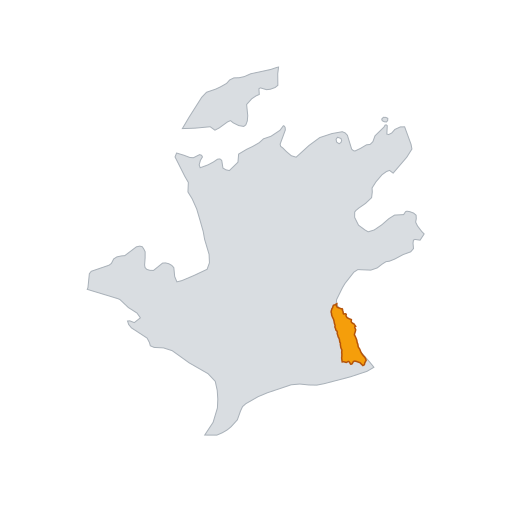 Qusar District, Qusar, Azerbaijan (highlighted), rotated 109°
{"feature_id": "54616110B21517829058101", "entity_name": "Qusar District", "entity_type": "district", "adm_level": 2, "iso_a3": "AZE", "parent_name": "Azerbaijan", "parent_adm1": "Qusar", "projection": "mercator", "projection_center": [48.257, 41.46], "detail": "fine", "context": "in_parent", "style": "filled", "palette": "amber", "viewbox_px": 512, "rotation_deg": 109, "n_neighbors": 0, "source": "geoboundaries", "source_scale": "gbopen_adm2", "svg_char_len": 5155}
<svg xmlns="http://www.w3.org/2000/svg" viewBox="0 0 512 512"><g transform="rotate(109 256 256)"><path d="M342.5,404.7L340.6,404.6L327.0,407.8L324.1,406.8L312.5,391.9L310.1,390.3L305.1,389.6L302.1,387.2L299.7,383.2L298.4,380.2L286.3,372.1L284.5,369.1L284.3,366.5L286.1,364.2L288.1,362.2L294.0,360.2L300.8,358.4L303.0,357.2L304.2,355.0L304.1,351.6L303.0,348.2L293.1,342.0L292.0,339.3L291.7,336.0L292.3,332.6L293.8,329.9L301.9,326.2L306.2,322.4L303.5,318.2L294.8,308.5L284.5,297.9L277.6,297.8L269.7,300.9L257.0,310.0L250.0,313.9L240.8,320.3L230.8,327.4L222.7,335.0L217.6,341.2L208.5,343.9L203.9,349.2L188.7,364.8L184.5,364.6L184.2,356.9L184.4,350.7L183.5,347.2L178.5,342.3L178.5,340.2L179.8,338.9L183.6,339.7L188.4,339.4L190.7,337.5L185.5,331.1L180.9,326.8L177.0,323.9L176.1,322.1L176.1,320.9L177.0,319.4L183.6,315.9L184.3,312.6L183.9,309.0L173.2,303.6L165.3,305.6L158.2,299.6L153.6,294.9L147.9,289.9L142.8,287.1L137.9,280.8L129.4,274.3L123.9,272.5L124.0,271.5L125.0,270.3L127.3,269.3L142.4,269.6L144.3,268.4L145.2,265.6L147.3,261.4L149.7,255.3L149.5,250.2L134.3,241.9L123.3,234.3L115.6,224.2L110.4,214.9L110.6,211.8L112.1,208.9L123.9,200.3L124.7,198.1L124.5,196.6L120.2,192.2L114.9,187.7L113.3,184.4L109.9,182.7L103.6,182.6L92.5,177.0L90.1,176.5L89.6,175.4L90.1,174.3L98.1,172.0L98.0,170.1L95.5,167.7L91.1,165.9L86.9,161.5L85.5,157.5L99.9,145.8L104.1,143.4L113.5,145.6L133.0,153.3L131.6,157.6L133.6,160.1L138.1,163.3L146.7,166.7L153.9,168.4L157.6,166.9L163.2,165.7L170.5,169.5L177.2,174.4L180.5,176.4L182.3,177.0L187.4,175.3L193.5,169.1L195.9,161.5L196.6,157.8L193.0,152.8L185.7,147.3L177.4,142.5L172.2,138.3L168.8,129.9L165.4,129.0L164.5,127.9L164.0,125.0L164.1,121.0L165.3,117.9L168.6,116.6L172.0,116.1L175.0,113.1L178.8,107.4L180.4,104.2L187.6,106.0L188.6,111.2L189.8,112.3L192.8,111.7L197.7,109.5L201.7,111.1L206.7,117.3L213.7,123.8L217.5,128.2L219.0,131.2L222.6,134.1L227.8,137.5L232.0,142.9L235.7,155.3L239.4,158.2L252.9,162.9L257.6,163.9L270.9,165.6L275.5,164.4L282.4,153.7L288.5,142.6L294.2,140.3L304.6,135.0L310.8,129.9L313.4,124.4L319.2,114.1L322.8,108.3L328.9,113.5L339.5,127.4L354.6,150.1L358.3,156.5L360.7,163.9L362.8,172.9L366.3,180.8L381.6,200.7L388.2,208.1L398.9,217.5L402.8,219.7L407.8,220.2L417.0,220.3L425.6,224.0L429.8,226.6L434.1,230.3L438.1,234.7L442.0,246.2L427.2,242.4L412.3,243.0L403.8,245.5L395.7,248.9L387.8,253.7L382.9,263.0L378.8,284.4L372.8,304.4L373.0,313.6L375.6,322.5L375.3,326.7L372.6,328.5L369.1,332.2L364.5,350.4L362.2,354.1L359.3,356.3L358.4,354.2L358.6,349.4L352.1,345.2L348.7,349.9L346.3,359.9L341.5,370.4L341.3,372.4L342.5,404.7ZM122.1,216.8L122.8,213.9L120.9,212.6L118.9,212.6L117.2,214.0L117.2,217.6L119.6,218.3L122.1,216.8ZM73.3,300.8L71.0,297.8L70.0,296.2L76.6,294.8L87.5,290.9L90.5,292.8L93.7,296.8L95.3,300.2L95.6,306.6L96.9,307.7L102.2,305.5L104.6,308.1L108.7,311.2L115.8,314.2L126.0,309.5L131.1,308.2L135.3,308.3L137.5,309.8L138.3,314.8L137.5,320.9L136.3,324.2L138.5,326.6L146.9,332.5L150.4,335.8L148.7,341.4L154.9,355.1L157.0,360.5L159.5,367.1L146.7,364.5L123.6,359.0L117.3,356.1L111.3,348.4L107.7,344.7L102.4,340.0L98.1,338.2L94.8,334.9L92.9,329.9L90.2,325.5L85.4,320.3L74.7,302.6L73.3,300.8ZM87.0,180.7L85.6,181.7L83.4,180.7L82.7,178.5L82.9,176.2L85.0,175.6L86.8,176.3L87.3,178.4L87.0,180.7Z" fill="#d9dde1" stroke="#a8b0b8" stroke-width="1"/><path d="M318.7,117.9L318.4,118.1L318.0,118.5L317.1,119.3L316.2,120.4L315.6,121.6L314.7,123.1L313.7,124.4L312.9,125.4L311.5,126.6L310.4,127.5L308.6,129.8L306.2,131.0L305.1,132.0L304.3,132.5L302.8,133.3L301.8,134.1L300.8,135.0L299.4,136.3L298.6,137.3L297.1,137.5L295.3,137.5L293.3,137.7L292.7,138.2L291.6,139.3L290.6,139.5L290.0,138.9L289.2,140.1L288.1,141.6L288.2,142.7L287.6,144.0L287.0,144.7L285.7,144.9L285.1,145.1L285.0,145.7L285.0,146.6L285.1,147.3L284.9,147.7L284.8,148.4L284.8,149.4L284.4,150.2L283.9,150.7L283.2,151.5L282.7,151.6L282.0,151.6L281.5,152.2L281.6,153.0L282.3,154.1L282.1,154.7L280.4,155.5L279.6,156.1L279.2,156.6L278.2,156.8L277.8,157.4L278.1,157.9L278.1,159.2L278.1,160.2L278.1,161.5L278.0,162.6L277.6,162.9L277.2,163.5L276.6,163.9L275.7,163.8L274.8,164.0L275.2,164.5L276.4,165.3L276.9,166.2L277.5,166.8L279.0,166.8L280.0,166.7L281.0,167.1L281.8,167.0L282.3,167.0L283.1,167.0L284.0,166.9L285.0,166.5L286.0,165.7L286.7,165.5L287.4,165.1L288.2,164.4L288.8,163.9L289.2,163.5L290.7,162.0L292.2,161.0L293.9,160.1L295.8,158.7L296.4,158.4L297.4,158.4L298.9,157.0L299.9,156.5L300.4,155.6L300.8,154.8L301.8,154.2L302.9,154.0L304.4,152.8L305.7,152.0L306.5,151.0L307.7,150.0L310.2,148.7L310.9,147.8L312.1,147.5L312.7,147.2L313.6,146.7L314.4,146.3L315.2,145.8L316.0,145.1L316.4,144.6L317.2,144.1L318.8,143.7L319.8,143.4L320.6,142.9L321.7,142.6L323.1,142.1L324.0,142.0L325.7,141.3L326.2,140.9L326.7,140.8L328.1,140.0L327.7,139.3L327.4,138.6L327.3,136.0L326.7,135.4L326.0,134.9L325.6,134.3L325.6,133.6L326.1,133.0L326.5,132.4L327.2,131.7L327.5,131.1L326.9,130.2L326.2,129.9L325.0,129.8L324.4,129.6L323.5,129.0L323.2,128.3L323.0,127.0L323.0,125.5L323.0,124.1L323.1,122.6L323.6,121.9L324.1,120.8L324.5,119.9L324.8,119.3L324.1,118.6L323.5,118.2L322.7,118.2L321.6,118.4L320.7,118.2L318.7,117.9Z" fill="#f59e0b" stroke="#b45309" stroke-width="1.5"/></g></svg>